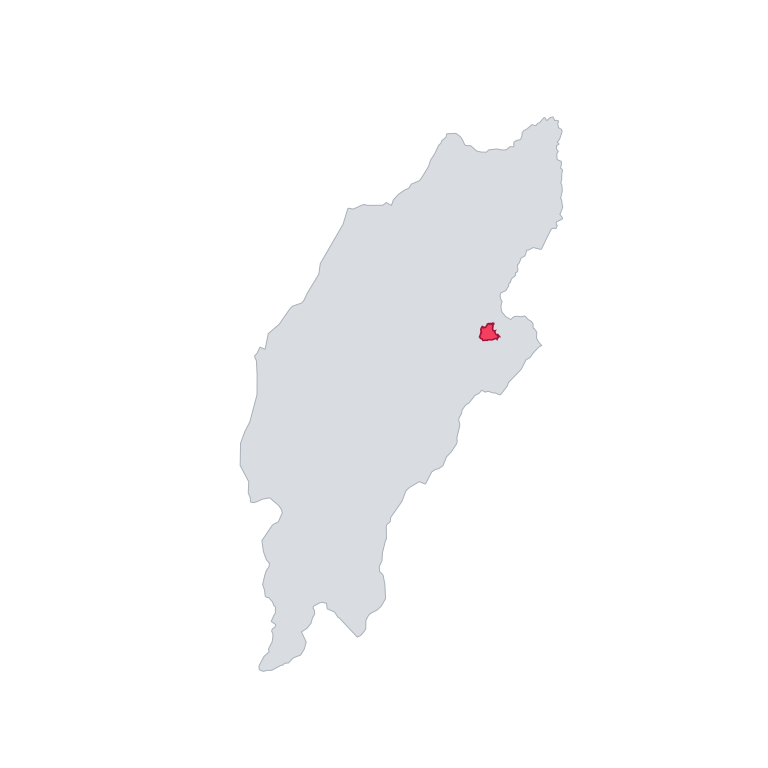 Arbulag, Hövsgöl, Mongolia shown in context, rotated 113°
{"feature_id": "93677404B38396259035136", "entity_name": "Arbulag", "entity_type": "district", "adm_level": 2, "iso_a3": "MNG", "parent_name": "Mongolia", "parent_adm1": "Hövsgöl", "projection": "natural_earth1", "projection_center": [99.205, 49.962], "detail": "fine", "context": "in_parent", "style": "filled", "palette": "rose", "viewbox_px": 768, "rotation_deg": 113, "n_neighbors": 0, "source": "geoboundaries", "source_scale": "gbopen_adm2", "svg_char_len": 6626}
<svg xmlns="http://www.w3.org/2000/svg" viewBox="0 0 768 768"><g transform="rotate(113 384 384)"><path d="M73.8,325.9L76.2,325.9L79.8,323.6L80.3,320.5L81.5,318.8L90.0,318.0L93.7,318.9L94.4,317.0L95.1,316.7L97.1,318.3L99.1,317.6L100.5,316.8L101.8,314.5L104.7,314.9L109.8,312.3L109.8,307.8L111.8,306.7L116.3,305.8L116.9,303.7L117.8,303.1L121.1,302.5L126.8,300.2L129.5,300.0L131.6,297.9L136.6,295.3L144.2,294.0L144.8,292.7L151.8,288.5L159.2,288.3L161.3,284.7L162.4,284.3L167.5,288.6L169.6,288.1L170.4,286.4L173.5,286.4L174.7,289.4L176.5,290.7L198.3,291.8L199.0,292.9L200.1,300.0L204.1,303.2L205.0,304.8L211.0,304.3L214.4,307.0L219.7,306.8L222.3,307.6L227.4,305.1L228.6,305.1L230.2,306.4L232.7,305.4L237.5,307.8L241.1,307.4L242.9,308.4L245.1,307.6L250.3,308.3L254.5,312.0L257.4,311.7L260.9,309.2L261.8,307.6L266.9,306.7L269.8,305.0L271.7,303.5L274.5,298.0L275.1,292.4L272.6,291.5L270.4,289.7L269.1,286.6L268.9,284.5L266.5,281.4L266.7,279.8L268.2,277.0L268.9,272.5L270.6,270.1L274.1,268.7L274.4,267.0L276.6,263.6L282.1,261.6L285.2,257.8L286.9,253.9L289.5,255.9L296.6,258.6L302.5,259.9L306.3,262.7L316.7,263.4L334.0,270.0L337.6,269.7L347.9,272.4L348.8,273.4L348.8,278.4L349.6,279.8L350.0,285.2L352.0,287.9L351.5,291.1L352.5,292.1L355.0,292.6L359.1,295.9L368.3,298.3L371.1,300.5L377.4,302.0L380.6,301.1L385.9,301.6L387.8,301.3L391.1,298.7L393.2,297.9L405.1,295.9L408.4,294.2L410.6,293.8L420.0,295.5L426.6,298.0L436.1,297.8L440.6,300.6L442.5,303.3L446.3,305.7L459.4,306.7L460.0,307.2L460.1,313.0L460.7,313.9L469.4,320.2L473.4,322.0L485.4,321.7L504.1,325.7L508.4,324.5L512.4,326.5L513.9,326.4L525.7,321.2L527.5,321.5L539.8,319.5L547.6,316.8L553.6,317.1L558.3,314.8L560.1,310.4L567.6,305.2L580.9,298.7L589.5,299.7L594.7,302.0L600.2,306.6L603.2,307.9L608.8,308.3L616.5,305.1L620.7,305.9L624.7,307.3L627.4,309.7L616.8,333.8L616.8,335.2L613.2,340.3L613.1,348.4L608.3,351.3L609.2,355.8L610.5,357.6L616.3,362.2L618.1,361.6L619.5,359.7L622.4,358.0L627.9,358.4L632.7,357.7L638.8,359.3L644.5,363.1L651.9,354.8L659.2,353.8L666.1,354.9L671.6,360.5L678.1,363.0L679.9,366.2L682.5,367.5L683.3,369.0L691.4,375.5L693.3,379.7L695.6,382.7L695.9,385.8L695.5,387.3L692.5,388.9L681.8,388.1L675.3,385.1L673.1,386.8L665.0,386.2L660.5,387.4L657.4,388.6L655.7,390.6L654.3,391.1L652.9,391.0L650.4,389.4L648.3,389.4L647.7,389.8L646.7,395.0L639.7,395.0L637.4,394.4L631.7,396.8L631.0,398.8L628.1,401.6L625.6,406.8L626.3,409.1L625.6,410.5L620.6,413.3L615.9,417.4L605.9,419.1L601.1,419.4L597.5,418.4L594.1,419.1L591.6,423.8L585.3,429.6L575.9,435.2L558.4,431.8L556.2,430.9L552.3,427.4L542.2,427.3L539.5,429.6L537.1,433.2L533.4,444.6L537.6,451.1L542.5,455.4L544.5,458.4L544.7,461.0L541.5,462.2L537.3,466.4L526.8,470.3L515.3,484.5L494.6,492.9L481.6,493.5L471.3,492.7L443.5,496.7L425.7,504.1L412.5,510.5L409.6,513.6L408.3,514.1L405.8,512.9L398.6,512.5L398.4,507.0L382.8,510.2L369.9,503.8L351.6,500.0L347.9,498.5L341.6,491.4L338.3,490.4L330.3,490.1L308.3,486.9L298.0,489.7L253.0,484.1L236.7,485.8L236.0,485.2L235.0,480.6L227.4,473.7L226.4,471.9L226.1,469.2L220.0,455.0L216.1,452.8L216.7,446.9L210.8,447.3L204.1,445.0L197.4,440.8L194.2,437.7L189.4,437.0L183.6,431.3L180.9,430.2L166.6,428.0L159.4,428.6L151.7,427.2L143.0,427.0L140.2,425.7L137.7,425.9L132.6,423.4L129.2,424.0L125.2,415.8L126.4,410.7L128.2,407.6L132.3,403.1L132.3,401.4L130.8,397.3L133.3,389.9L132.6,385.4L130.6,380.3L127.6,379.1L123.6,372.1L122.4,366.7L120.7,363.0L116.4,360.8L115.1,357.5L113.8,357.3L112.8,358.3L110.2,358.8L107.6,356.7L106.2,354.4L104.6,353.8L101.7,353.9L99.1,355.0L96.2,354.4L93.8,352.3L87.4,349.1L87.3,346.7L86.4,345.0L84.5,344.6L82.5,342.9L76.3,340.8L76.2,339.6L78.0,337.1L73.7,335.0L72.1,332.8L74.7,329.9L73.8,327.9L73.8,325.9Z" fill="#d9dde1" stroke="#a8b0b8" stroke-width="1"/><path d="M298.8,297.3L298.3,297.3L298.2,297.3L298.0,297.5L297.7,297.7L297.6,297.8L297.4,297.8L297.3,297.7L297.2,297.6L297.1,297.4L297.0,297.2L296.9,297.1L296.4,297.4L296.2,297.0L295.0,296.3L295.0,296.2L294.9,296.3L294.8,296.5L295.0,296.7L295.1,296.8L295.3,297.0L295.5,297.3L295.4,297.4L295.4,297.5L295.1,297.8L294.9,297.9L294.7,297.8L294.5,298.0L294.3,298.0L294.1,298.2L294.0,298.3L293.9,298.4L293.7,298.5L293.4,298.5L294.8,299.1L294.6,300.2L294.0,301.1L293.5,301.6L292.8,302.5L291.6,302.4L291.7,302.5L291.8,302.7L291.8,302.8L292.0,303.0L292.0,303.3L292.1,303.5L292.2,303.9L292.3,304.1L292.1,304.4L292.0,304.5L291.9,304.5L291.7,304.7L291.6,304.8L291.5,305.0L291.3,305.2L291.1,305.3L290.8,305.5L290.7,305.6L290.4,305.8L290.2,305.9L289.9,305.8L289.7,306.0L289.4,306.1L289.1,306.1L288.9,306.0L288.6,306.0L287.6,306.9L287.2,306.7L286.9,306.5L286.3,306.5L286.0,306.4L285.9,306.4L285.6,306.4L285.5,306.5L285.9,306.7L285.9,306.8L286.0,306.9L286.1,307.0L285.9,307.1L285.6,307.2L285.6,307.3L285.4,307.5L285.5,307.6L285.7,307.8L285.7,308.0L285.8,308.0L286.0,308.0L286.3,308.2L286.4,308.3L286.5,308.4L286.7,308.5L286.8,308.5L286.7,308.8L286.7,309.0L286.8,309.0L286.9,308.9L287.0,308.9L287.0,309.0L286.8,309.2L286.7,309.2L286.7,309.3L286.6,309.5L286.9,309.7L287.0,309.7L287.1,309.8L287.1,310.0L287.3,310.0L287.3,310.3L287.5,310.4L287.6,310.5L287.3,310.7L287.3,310.8L287.4,311.1L287.6,311.1L287.6,311.3L287.6,311.5L287.9,311.7L288.1,311.8L288.4,311.9L288.5,311.9L288.5,312.0L288.5,312.3L288.8,312.3L288.9,312.2L289.0,312.1L289.3,312.0L289.5,312.2L289.8,312.2L289.9,312.3L290.0,312.3L290.3,312.4L290.6,312.4L290.8,312.4L291.0,312.4L291.1,312.5L291.4,312.6L291.5,312.6L291.8,312.6L291.9,312.8L292.1,312.7L292.3,312.8L292.5,313.0L292.8,313.4L292.8,313.5L292.7,313.7L292.7,313.8L292.8,313.9L292.7,313.9L292.7,314.0L292.7,314.4L292.7,314.6L292.8,314.7L292.9,314.8L292.9,315.1L292.9,315.3L292.7,315.5L292.6,315.8L292.6,316.0L292.8,316.0L293.0,316.1L293.3,316.0L293.5,316.1L293.8,315.9L294.0,315.8L294.3,315.9L294.3,316.0L294.4,316.3L294.5,316.3L294.8,316.4L295.1,316.3L295.3,316.2L295.7,316.1L295.9,316.1L296.0,316.2L296.3,316.1L296.4,315.9L296.8,315.8L297.0,315.7L297.1,315.4L297.3,315.1L297.5,315.0L297.8,315.0L298.0,314.9L298.4,315.0L298.4,314.9L298.6,315.0L298.7,314.9L298.7,314.7L298.8,314.6L299.0,314.6L299.0,314.4L299.3,314.3L299.5,314.4L299.7,314.5L299.8,314.5L300.1,314.5L300.3,314.6L300.5,314.7L300.8,314.6L301.1,314.5L301.3,314.6L301.5,314.6L301.9,314.5L302.0,314.5L302.3,314.5L302.6,314.4L302.8,314.3L303.0,314.3L303.1,314.5L303.3,314.5L303.3,314.4L303.4,314.1L304.3,313.1L304.4,312.0L304.2,311.1L304.9,310.3L305.3,310.0L305.0,309.3L304.4,308.3L303.8,307.0L303.6,306.0L302.8,305.7L302.4,304.9L302.3,304.6L301.6,303.0L301.5,302.5L300.9,301.5L300.5,300.9L299.7,300.4L299.6,300.1L299.2,299.9L298.9,299.8L298.8,299.3L298.5,298.4L298.5,297.8L298.8,297.3Z" fill="#f43f5e" stroke="#9f1239" stroke-width="1.5"/></g></svg>